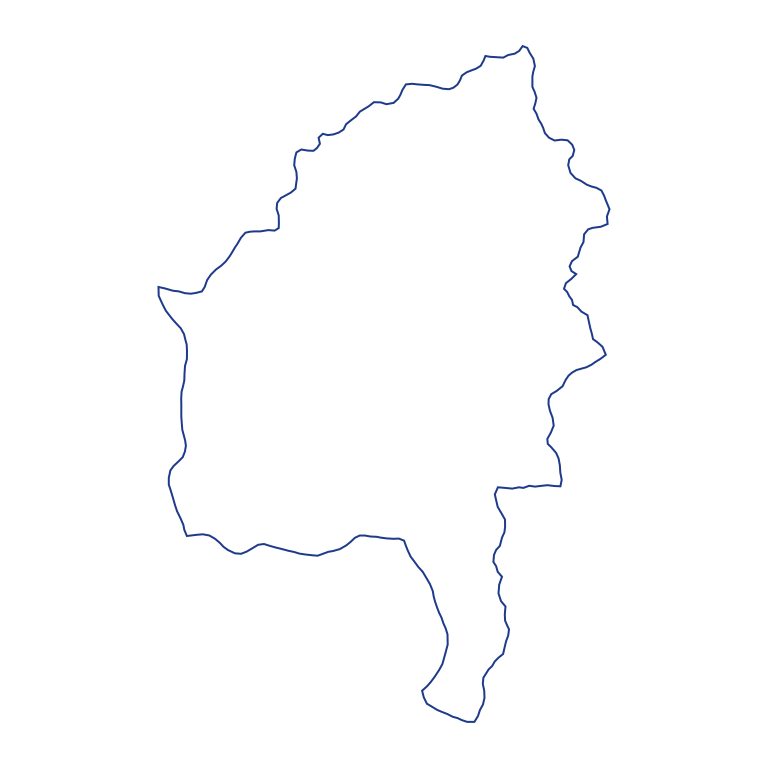 outline of Estrela do Sul, Minas Gerais, Brazil
{"feature_id": "56859067B22487341809350", "entity_name": "Estrela do Sul", "entity_type": "district", "adm_level": 2, "iso_a3": "BRA", "parent_name": "Brazil", "parent_adm1": "Minas Gerais", "projection": "robinson", "projection_center": [-47.718, -18.736], "detail": "fine", "context": "isolated", "style": "outline", "palette": "blue", "viewbox_px": 768, "rotation_deg": 0, "n_neighbors": 0, "source": "geoboundaries", "source_scale": "gbopen_adm2", "svg_char_len": 4325}
<svg xmlns="http://www.w3.org/2000/svg" viewBox="0 0 768 768"><path d="M186.9,536.0L192.6,535.3L196.8,534.8L202.9,534.3L209.4,535.5L215.2,538.9L219.9,542.9L223.5,546.8L227.9,550.0L234.9,553.3L241.1,553.8L246.9,551.5L252.6,548.1L258.1,544.8L264.0,544.0L269.6,545.8L274.9,547.3L281.4,548.9L288.1,550.7L294.2,552.0L299.4,553.6L304.7,554.4L309.0,554.9L313.5,555.4L317.7,555.7L322.9,553.8L328.4,551.8L333.1,551.0L339.8,549.1L346.1,545.5L350.6,541.9L354.9,537.8L359.8,535.5L364.8,535.5L370.3,536.5L376.6,536.8L380.6,537.6L386.7,538.4L393.4,538.8L399.0,538.6L404.1,540.7L405.9,545.8L407.7,550.3L410.6,556.6L414.4,561.6L418.1,566.7L422.7,571.8L426.7,578.5L430.0,584.2L432.8,591.1L433.7,596.5L435.0,601.4L437.0,607.3L439.2,613.0L441.4,617.4L443.4,623.3L445.8,628.7L447.5,634.4L447.7,644.5L445.5,652.9L443.7,659.4L442.4,664.0L439.2,669.9L434.8,676.6L430.7,682.1L426.9,686.4L422.1,690.7L423.8,697.4L426.9,703.7L431.6,706.5L437.2,709.9L441.9,711.9L447.3,714.0L452.8,716.8L457.6,718.1L461.8,720.1L467.2,721.9L474.4,721.9L478.0,716.0L480.0,709.9L482.9,704.7L484.5,697.9L484.2,690.5L482.8,683.9L483.4,677.7L486.2,673.3L488.7,669.3L492.1,666.1L494.8,661.4L498.7,657.5L503.1,654.0L504.4,648.3L506.1,641.2L508.2,635.6L509.0,629.3L507.0,625.1L505.1,620.7L504.8,614.4L505.5,606.5L501.0,601.1L498.5,593.4L499.2,584.7L502.0,576.7L497.7,571.8L496.1,566.1L493.4,562.0L494.0,554.9L496.1,550.0L499.9,545.8L502.0,537.6L504.4,532.4L505.1,526.8L505.0,519.5L500.7,512.0L497.7,506.9L496.4,501.3L494.8,494.4L497.9,487.3L505.0,487.9L512.3,488.6L519.0,487.3L523.4,487.9L529.2,485.8L535.1,486.6L541.7,485.8L547.4,485.2L554.3,486.0L560.4,486.3L561.7,479.9L560.3,472.5L559.9,465.7L558.6,458.5L556.1,452.9L551.2,447.2L547.8,443.9L547.3,439.0L550.9,432.5L553.7,425.6L552.6,417.8L549.9,410.6L548.5,404.2L548.7,399.0L551.3,394.1L556.6,391.0L562.6,386.2L565.7,379.8L568.6,375.6L572.2,372.5L576.6,370.0L580.9,368.8L586.3,367.3L591.5,364.7L595.0,362.2L600.5,358.8L605.8,354.8L602.5,346.8L597.3,342.2L593.0,339.1L591.9,333.9L590.3,328.2L589.0,322.3L587.5,315.2L581.4,311.6L577.3,307.1L573.1,305.0L572.0,299.9L569.3,296.3L567.1,291.9L564.0,288.8L565.9,283.2L571.3,278.9L576.2,274.1L571.5,271.1L569.6,266.4L572.0,261.1L577.8,256.7L580.5,247.6L583.5,242.0L584.1,234.3L588.2,229.3L592.8,227.8L600.7,226.8L607.6,224.0L606.9,216.5L609.5,209.3L607.6,204.6L605.8,200.3L604.1,195.7L601.4,190.5L596.4,187.8L591.5,186.5L586.8,184.7L581.0,180.9L575.4,178.3L570.5,172.9L568.2,165.2L569.3,159.3L572.7,155.9L574.3,150.0L572.2,144.7L567.6,140.3L561.3,139.7L554.6,140.5L549.0,137.7L544.9,133.1L543.2,128.0L541.1,123.5L538.5,119.4L536.5,113.7L533.6,108.8L535.3,103.4L536.5,97.8L534.6,91.8L532.4,86.9L532.4,81.6L532.4,76.4L533.3,71.6L534.9,66.1L533.3,58.6L529.7,52.9L527.3,47.9L522.6,46.1L519.2,50.9L514.7,53.7L508.2,55.0L503.3,57.6L498.4,57.3L490.0,56.8L485.4,56.0L483.6,60.6L480.7,65.8L476.0,68.7L471.9,70.2L466.6,72.3L461.9,75.6L460.0,80.3L457.4,84.6L453.4,87.7L449.1,89.2L442.7,88.7L436.1,86.7L429.4,85.1L424.5,84.9L417.7,84.4L412.1,83.8L405.9,84.4L402.4,90.0L400.5,94.6L398.3,98.6L393.6,102.9L386.4,104.2L380.8,102.4L373.9,102.2L368.7,106.3L364.0,109.1L359.8,111.7L356.2,116.3L351.1,120.2L346.1,124.2L343.5,129.5L338.7,132.6L333.5,134.4L327.8,135.1L322.8,133.8L318.6,137.7L319.9,143.8L317.0,148.0L313.5,150.8L307.9,150.6L301.3,149.5L296.4,152.4L294.8,158.6L294.2,165.2L296.4,172.0L296.9,178.4L296.2,183.5L295.5,188.7L290.8,192.6L286.1,195.2L280.9,198.0L277.2,202.9L276.6,208.8L278.7,215.4L278.9,222.9L278.7,228.1L274.6,230.6L268.4,230.1L260.3,231.4L254.3,231.4L250.0,231.7L245.4,232.7L240.9,237.8L237.5,243.7L235.0,247.4L232.6,251.5L229.7,256.2L225.7,261.5L221.2,265.7L216.0,269.5L210.9,274.6L207.1,280.1L204.7,287.0L201.9,291.4L196.1,292.9L191.0,293.7L185.0,293.2L178.9,291.4L172.8,290.7L168.4,289.4L164.4,288.3L158.5,287.0L158.7,295.8L161.2,301.4L163.7,306.6L165.9,310.8L169.3,315.2L172.4,319.2L177.3,324.6L180.7,328.2L184.0,334.1L185.4,339.8L186.7,344.7L187.0,351.1L186.9,359.1L185.0,366.0L184.5,373.9L184.3,380.5L183.0,386.4L181.6,391.6L181.2,398.5L181.3,403.9L181.3,409.9L181.3,416.6L181.8,423.5L182.3,429.8L183.9,435.7L185.2,440.7L185.9,445.9L184.9,451.6L182.7,457.2L178.3,461.6L173.6,466.0L170.4,470.4L168.8,477.8L168.8,484.7L170.4,489.4L172.9,497.7L175.1,505.4L177.1,511.3L180.7,518.7L183.4,525.0L184.3,529.8L186.9,536.0Z" fill="none" stroke="#1e3a8a" stroke-width="2"/></svg>